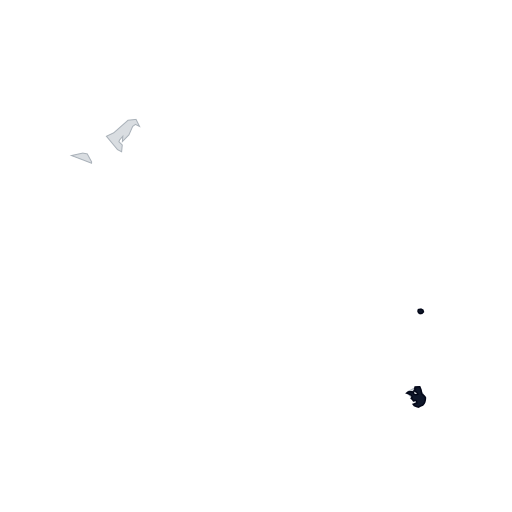 Vava'u highlighted on a map of Tonga, rotated 109°
{"feature_id": "TON-4946", "entity_name": "Vava'u", "entity_type": "state/province", "adm_level": 1, "iso_a3": "TON", "parent_name": "Tonga", "parent_adm1": "", "projection": "robinson", "projection_center": [-174.104, -18.692], "detail": "fine", "context": "in_parent", "style": "filled", "palette": "ink", "viewbox_px": 512, "rotation_deg": 109, "n_neighbors": 0, "source": "natural_earth", "source_scale": "10m", "svg_char_len": 1171}
<svg xmlns="http://www.w3.org/2000/svg" viewBox="0 0 512 512"><g transform="rotate(109 256 256)"><path d="M190.8,422.8L192.6,422.8L194.6,418.6L201.2,417.0L200.5,421.6L191.5,436.4L185.8,430.6L169.3,421.2L165.9,413.9L171.4,408.3L170.8,412.8L173.6,414.8L182.9,415.6L191.3,419.6L186.1,420.9L190.8,422.8ZM341.2,59.4L336.5,67.9L334.2,67.8L328.8,62.8L326.8,59.5L335.1,49.5L339.4,48.8L345.2,52.1L344.9,55.0L341.2,59.4ZM221.8,441.7L221.1,463.2L215.1,453.3L214.4,448.8L220.5,442.1L221.8,441.7Z" fill="#d9dde1" stroke="#a8b0b8" stroke-width="1"/><path d="M340.8,49.1L342.7,49.8L343.6,50.8L344.4,51.8L346.0,53.1L346.1,54.6L346.0,57.6L345.0,59.1L342.6,56.0L341.3,56.7L340.6,57.6L340.7,58.7L341.8,59.9L340.7,61.4L340.1,62.9L338.3,62.4L337.1,63.9L336.6,66.4L336.6,68.9L335.0,67.9L334.2,66.3L333.2,62.9L335.2,62.0L335.4,60.3L334.6,58.7L334.0,58.0L332.6,59.3L332.2,61.5L331.6,62.8L329.8,61.9L329.6,62.7L329.3,62.9L328.7,62.8L328.0,62.9L326.3,58.6L328.7,56.5L332.2,54.5L334.0,50.6L334.9,49.6L336.9,49.1L339.2,48.9L340.8,49.1ZM253.8,85.0L252.5,82.7L252.8,80.6L254.3,79.5L256.2,80.4L257.1,82.1L256.7,83.8L255.4,84.9L253.8,85.0Z" fill="#0f172a" stroke="#020617" stroke-width="1.5"/></g></svg>